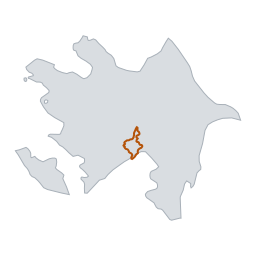 location of Beylagan District, Beyləqan, Azerbaijan
{"feature_id": "54616110B20470092766685", "entity_name": "Beylagan District", "entity_type": "district", "adm_level": 2, "iso_a3": "AZE", "parent_name": "Azerbaijan", "parent_adm1": "Beyləqan", "projection": "equal_earth", "projection_center": [47.705, 39.846], "detail": "fine", "context": "in_parent", "style": "outline", "palette": "amber", "viewbox_px": 256, "rotation_deg": 0, "n_neighbors": 0, "source": "geoboundaries", "source_scale": "gbopen_adm2", "svg_char_len": 4717}
<svg xmlns="http://www.w3.org/2000/svg" viewBox="0 0 256 256"><path d="M181.0,218.2L179.9,218.1L171.6,220.2L169.8,219.5L162.7,210.2L161.2,209.1L158.1,208.7L156.3,207.2L154.9,204.6L154.0,202.8L146.7,197.7L145.6,195.9L145.4,194.2L146.5,192.8L147.7,191.5L151.3,190.3L155.5,189.2L156.8,188.4L157.5,187.1L157.5,184.9L156.8,182.8L150.8,178.9L150.1,177.3L149.9,175.2L150.2,173.1L151.2,171.4L156.1,169.2L158.7,166.8L157.0,164.2L151.8,158.2L145.5,151.7L141.3,151.6L136.5,153.6L128.8,159.2L124.5,161.6L119.0,165.5L112.9,169.9L107.9,174.6L104.8,178.5L99.3,180.2L96.4,183.4L87.2,193.2L84.6,193.0L84.4,188.2L84.6,184.4L84.0,182.2L81.0,179.1L81.0,177.8L81.8,177.0L84.1,177.5L87.0,177.3L88.5,176.1L85.3,172.2L82.5,169.5L80.2,167.7L79.6,166.6L79.6,165.9L80.2,165.0L84.2,162.8L84.6,160.8L84.4,158.5L78.0,155.2L73.1,156.4L68.8,152.7L66.1,149.9L62.6,146.8L59.5,145.1L56.6,141.3L51.5,137.3L48.2,136.2L48.3,135.6L48.9,134.8L50.3,134.2L59.4,134.4L60.6,133.7L61.1,132.0L62.4,129.4L63.9,125.7L63.8,122.6L54.7,117.6L48.0,113.0L43.5,106.9L40.4,101.3L40.5,99.5L41.5,97.7L48.7,92.6L49.1,91.3L49.0,90.4L46.5,87.7L43.3,85.1L42.3,83.1L40.3,82.1L36.5,82.0L29.9,78.7L28.5,78.4L28.2,77.7L28.5,77.0L33.3,75.7L33.2,74.6L31.8,73.2L29.1,72.1L26.7,69.5L25.9,67.1L34.5,60.2L37.1,58.8L42.7,60.1L54.4,64.7L53.6,67.2L54.7,68.6L57.4,70.6L62.5,72.6L66.9,73.6L69.1,72.7L72.5,72.0L76.8,74.2L80.8,77.1L82.8,78.3L83.9,78.7L87.0,77.7L90.7,74.0L92.1,69.5L92.5,67.3L90.4,64.3L86.0,61.1L81.1,58.3L78.0,55.8L76.0,50.9L74.0,50.3L73.4,49.7L73.1,48.0L73.2,45.6L73.9,43.8L75.9,43.1L78.0,42.8L79.8,41.1L82.1,37.7L83.1,35.8L87.3,36.9L87.9,39.9L88.7,40.5L90.4,40.2L93.4,38.9L95.7,39.9L98.8,43.5L102.9,47.3L105.2,49.8L106.1,51.6L108.2,53.3L111.3,55.3L113.8,58.5L116.0,65.8L118.3,67.5L126.4,70.3L129.2,70.9L137.2,71.9L140.0,71.2L144.1,64.9L147.7,58.3L151.2,57.0L157.4,53.8L161.1,50.9L162.6,47.7L166.1,41.6L168.3,38.2L171.9,41.2L178.3,49.4L187.4,62.8L189.7,66.5L191.2,70.9L192.5,76.2L194.6,81.0L203.9,92.8L207.9,97.2L214.5,102.9L216.8,104.2L219.8,104.5L225.4,104.6L230.6,106.8L233.1,108.3L235.8,110.6L238.2,113.2L240.6,120.2L231.7,117.9L222.7,118.3L217.6,119.8L212.7,121.8L208.0,124.7L205.0,130.4L202.6,143.4L199.1,155.7L199.2,161.4L200.9,166.9L200.7,169.5L199.1,170.6L197.0,172.9L194.2,184.2L192.9,186.4L191.1,187.9L190.6,186.5L190.7,183.5L186.7,180.9L184.6,183.9L183.2,190.1L180.3,196.7L180.2,197.9L181.0,218.2ZM47.5,102.5L47.9,100.7L46.8,100.0L45.6,99.9L44.5,100.8L44.5,103.0L45.9,103.4L47.5,102.5ZM17.3,153.5L16.0,151.7L15.4,150.7L19.4,149.8L26.0,147.4L27.8,148.6L29.7,151.0L30.7,153.2L30.8,157.1L31.6,157.7L34.8,156.4L36.2,158.0L38.7,159.9L43.0,161.8L49.2,158.8L52.3,158.1L54.9,158.1L56.3,159.0L56.7,162.1L56.2,165.9L55.4,167.9L56.7,169.4L61.8,173.0L63.9,175.1L62.8,178.6L66.6,187.1L67.8,190.5L69.3,194.6L61.5,193.0L47.5,189.5L43.7,187.7L40.0,183.0L37.9,180.6L34.7,177.7L32.1,176.6L30.1,174.5L29.0,171.5L27.4,168.7L24.5,165.5L18.1,154.6L17.3,153.5ZM26.6,80.9L25.7,81.5L24.4,80.9L24.0,79.6L24.1,78.2L25.4,77.8L26.5,78.2L26.8,79.5L26.6,80.9Z" fill="#d9dde1" stroke="#a8b0b8" stroke-width="1"/><path d="M136.8,127.2L136.6,127.4L136.3,128.0L135.9,128.7L135.6,129.3L135.4,130.0L135.1,130.6L134.8,131.3L134.5,131.9L134.3,132.4L134.1,132.8L134.0,133.3L134.1,135.2L133.7,136.1L133.7,137.1L133.2,137.8L133.1,138.2L132.7,138.7L132.3,139.0L131.9,139.2L131.4,139.3L130.8,139.3L130.4,139.4L129.9,139.6L129.5,139.9L129.0,140.2L128.6,140.3L127.8,140.3L127.1,140.3L126.7,140.5L126.2,140.9L125.9,141.2L125.4,141.5L125.2,141.6L124.8,141.9L124.5,142.3L124.3,142.8L124.4,143.1L124.6,143.5L125.0,143.9L124.8,144.3L124.5,144.5L124.0,144.8L123.6,145.3L123.5,145.6L123.8,145.8L124.1,146.1L124.5,146.3L124.8,146.6L124.7,147.2L124.5,147.3L125.0,148.1L125.8,148.9L127.0,149.2L127.7,149.5L128.4,150.4L128.9,151.5L128.9,152.0L129.7,152.7L130.6,153.0L131.4,153.6L132.1,154.4L132.1,155.7L131.6,156.6L131.3,157.6L131.4,158.7L131.7,158.8L132.1,159.0L133.1,158.3L134.7,156.8L135.2,156.1L135.7,155.3L136.2,154.5L137.0,153.8L137.4,153.6L137.9,153.1L137.8,152.6L137.8,151.7L137.7,151.1L138.0,150.4L138.2,149.7L138.7,149.3L139.3,148.7L140.0,148.4L140.4,148.1L141.3,147.8L141.6,147.4L141.9,147.0L142.2,146.6L142.3,146.1L142.1,145.5L141.6,145.0L140.6,144.9L140.1,144.9L139.6,144.4L139.3,143.9L139.1,143.3L138.9,142.6L138.3,142.1L137.8,142.0L137.2,142.0L136.7,141.6L136.4,141.2L136.5,140.7L136.6,140.1L136.7,139.9L137.1,139.4L137.4,139.0L137.7,138.5L137.4,138.3L137.0,137.9L136.6,137.5L136.4,137.2L136.4,136.8L136.4,136.3L136.5,136.0L137.0,135.7L137.3,135.4L137.7,135.3L138.2,135.1L138.7,134.8L139.2,134.4L139.5,133.9L139.4,133.1L139.1,132.4L138.8,131.8L138.1,131.3L137.6,130.8L137.3,130.1L137.3,129.6L137.6,129.0L137.4,128.4L137.5,127.8L136.9,127.3L136.8,127.2Z" fill="none" stroke="#b45309" stroke-width="2"/></svg>